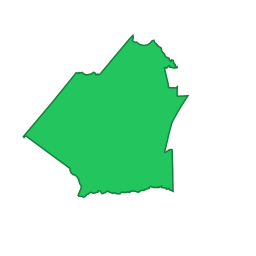 Grajaú, Maranhão, Brazil, rotated 40°
{"feature_id": "56859067B31201037702060", "entity_name": "Grajaú", "entity_type": "district", "adm_level": 2, "iso_a3": "BRA", "parent_name": "Brazil", "parent_adm1": "Maranhão", "projection": "robinson", "projection_center": [-45.931, -5.808], "detail": "fine", "context": "isolated", "style": "filled", "palette": "green", "viewbox_px": 256, "rotation_deg": 40, "n_neighbors": 0, "source": "geoboundaries", "source_scale": "gbopen_adm2", "svg_char_len": 5533}
<svg xmlns="http://www.w3.org/2000/svg" viewBox="0 0 256 256"><g transform="rotate(40 128 128)"><path d="M52.7,119.1L52.8,119.9L52.9,121.5L52.9,122.5L53.2,139.7L53.3,147.7L53.5,156.9L53.5,158.0L53.5,161.5L53.4,194.9L53.4,201.9L53.9,202.0L54.5,202.1L54.4,201.4L54.5,200.8L54.4,200.3L54.8,200.1L55.3,199.7L58.7,199.5L63.7,199.2L91.1,197.5L107.9,196.4L108.5,196.2L108.9,196.4L109.5,196.4L109.8,196.6L110.3,197.1L110.7,197.5L111.2,198.0L111.8,198.0L112.3,198.3L112.8,198.8L113.5,199.0L114.1,199.1L114.7,198.9L115.7,199.1L116.3,198.9L116.7,198.4L117.2,198.0L117.8,198.2L118.3,198.2L119.1,198.1L119.9,198.1L120.4,198.2L120.9,198.3L121.5,198.4L122.0,198.7L122.5,198.9L123.0,199.1L123.5,199.3L123.9,199.5L124.5,200.1L125.7,200.8L126.3,201.3L126.7,201.7L127.7,201.9L128.2,202.0L128.6,202.2L129.3,202.5L129.7,203.0L130.1,203.5L130.7,204.1L133.0,211.6L133.6,211.6L134.3,211.9L135.3,211.1L136.0,210.5L136.8,209.9L137.4,209.9L138.2,209.8L139.2,208.3L139.2,207.4L139.2,206.6L139.3,206.0L139.3,205.5L139.5,205.1L139.9,204.4L140.0,203.7L140.2,203.1L140.4,202.5L140.6,201.7L141.0,201.0L141.5,200.8L142.3,200.7L142.8,200.7L143.3,200.3L143.7,199.9L144.2,199.3L144.5,198.8L144.9,198.4L145.2,197.7L145.6,197.3L146.0,196.9L146.2,196.2L146.0,195.8L145.6,195.2L146.2,194.6L146.8,194.4L147.4,194.3L148.0,194.4L148.6,194.6L149.0,194.7L149.6,194.9L150.0,195.1L150.6,194.7L151.0,194.4L151.2,193.6L151.3,193.1L151.6,192.8L152.1,192.2L152.4,191.7L152.2,191.2L152.2,190.6L152.7,190.2L153.0,189.6L153.7,189.5L154.1,188.9L154.5,188.9L155.0,189.1L155.4,188.9L155.9,188.8L156.5,188.5L156.9,188.4L157.9,188.1L158.4,187.7L159.1,186.7L159.4,186.1L160.0,186.0L160.6,186.0L161.2,185.7L161.9,185.4L162.4,185.1L162.7,184.7L163.8,184.0L164.2,183.4L164.3,182.9L164.1,181.6L164.6,181.2L165.0,180.7L165.6,180.4L166.3,180.3L166.6,179.6L167.2,179.3L167.3,178.9L167.9,178.7L168.5,178.0L168.7,177.4L168.9,176.9L169.7,176.7L170.3,176.7L170.4,176.1L170.9,175.7L171.0,175.0L170.6,174.8L171.2,174.1L171.7,173.6L172.3,173.2L172.6,172.8L173.1,172.7L173.5,172.2L174.0,172.1L174.3,171.7L175.3,171.4L176.0,171.2L176.6,170.9L176.8,170.4L177.4,170.4L177.6,170.0L177.6,169.5L177.7,169.0L178.1,167.9L178.4,167.2L178.6,166.8L179.3,166.6L179.9,166.0L180.1,165.5L180.6,165.0L180.8,164.4L180.9,163.7L181.2,163.0L181.7,162.7L182.0,162.1L182.5,161.3L182.9,160.6L182.5,160.5L182.4,159.9L182.7,158.9L182.8,158.2L183.7,158.0L184.4,157.9L184.9,157.3L185.6,157.4L186.0,156.8L187.0,156.4L187.7,155.5L188.1,154.9L189.0,154.6L188.8,154.1L189.0,153.7L189.5,153.4L190.0,153.6L190.4,153.1L190.3,152.4L190.6,152.1L190.8,151.7L191.0,151.3L191.2,151.8L191.7,151.8L192.2,152.0L192.6,151.5L193.1,151.2L193.6,151.0L194.1,150.9L194.4,150.4L195.0,150.1L195.8,149.6L196.3,149.8L196.6,150.1L196.7,149.5L197.3,149.5L197.6,149.0L197.9,148.5L198.3,148.0L198.8,148.4L199.3,148.8L199.9,148.4L203.3,147.5L201.5,145.6L193.0,135.8L190.6,133.0L188.9,131.1L187.0,128.9L185.9,127.7L175.8,116.3L175.3,116.5L174.9,116.7L174.4,117.1L174.1,117.7L174.1,118.3L173.5,118.5L173.5,119.1L173.3,119.7L173.2,120.2L173.1,120.6L172.7,121.1L172.7,121.9L172.4,122.4L172.0,122.8L171.5,123.0L166.0,111.8L164.4,108.9L158.3,96.0L158.1,95.0L157.7,93.7L155.6,82.9L154.8,77.9L154.3,73.5L154.1,72.1L153.6,68.8L153.2,64.7L149.3,68.5L148.7,69.0L148.0,69.6L147.5,70.0L147.0,70.6L145.0,71.9L144.7,71.5L139.2,64.7L139.0,65.6L139.2,66.3L138.6,66.7L135.2,69.5L133.0,71.0L132.4,70.4L131.7,69.6L130.6,68.5L129.0,67.4L117.1,58.4L117.4,58.0L117.8,57.9L118.2,57.6L119.1,57.4L119.2,56.9L119.1,56.2L119.1,55.2L119.2,54.1L119.3,53.7L120.0,53.8L120.5,54.1L120.7,54.6L121.1,54.4L121.6,54.2L122.0,53.9L122.8,53.3L123.4,53.4L123.8,53.0L124.1,52.7L124.5,52.5L125.0,52.4L125.6,51.6L125.7,51.2L126.0,50.8L126.6,50.7L126.8,50.0L126.5,49.8L126.0,49.4L125.6,49.9L125.3,50.4L124.9,50.6L124.4,50.3L124.0,49.6L123.4,49.1L122.8,49.0L122.4,49.2L122.0,49.1L121.5,48.9L121.1,48.6L120.7,48.3L120.3,48.0L119.9,47.8L119.6,47.3L119.2,47.2L118.6,47.6L118.1,47.6L117.5,47.8L117.6,48.3L117.8,48.7L117.9,49.3L117.5,49.5L117.0,49.4L116.6,49.2L116.1,49.4L115.7,49.3L115.3,48.8L114.8,48.4L114.3,48.1L113.7,48.5L113.0,48.6L112.6,48.8L112.2,49.1L111.7,49.1L110.9,49.1L110.2,48.9L109.6,48.9L109.1,48.4L108.6,47.8L108.1,47.9L107.4,48.0L107.0,47.7L106.5,47.8L105.9,47.8L105.2,47.5L104.7,47.4L104.1,47.4L103.7,47.0L103.5,46.5L103.0,46.2L102.5,45.8L102.1,45.5L101.7,45.3L101.1,45.6L100.7,45.5L100.3,45.6L99.6,45.8L99.1,45.7L98.5,45.9L97.9,46.1L97.7,45.6L97.1,45.3L96.6,45.5L96.1,45.6L95.5,45.4L94.7,45.4L94.1,45.5L93.6,45.3L92.9,45.2L92.5,45.0L91.6,44.1L91.2,44.6L90.8,45.1L90.4,45.6L90.4,46.2L90.4,46.7L90.4,47.4L90.4,47.8L90.4,48.5L90.3,49.2L90.0,50.0L89.8,50.8L89.5,51.5L89.1,52.6L88.7,52.8L88.2,53.2L87.8,53.9L87.4,54.2L87.0,54.5L86.5,55.0L85.9,55.3L85.2,55.5L84.9,55.9L83.1,56.6L82.1,56.7L81.5,56.7L80.5,56.6L79.4,56.7L78.6,57.8L76.9,58.1L76.3,58.2L75.5,58.2L75.0,58.2L74.8,57.7L74.7,57.2L74.7,56.7L74.4,56.1L74.0,55.6L73.7,55.3L73.5,54.9L73.1,54.4L72.5,54.2L72.2,53.9L71.9,58.6L71.9,87.9L72.0,104.2L71.9,104.7L71.6,105.6L71.4,106.1L70.9,106.0L70.5,106.3L70.1,106.2L69.8,106.6L69.7,107.2L69.4,107.7L68.6,107.5L68.0,107.2L67.5,107.1L67.0,107.0L66.5,107.2L66.2,107.5L65.7,107.6L65.6,108.1L65.6,108.9L65.3,109.5L65.0,109.7L64.9,110.5L64.6,111.1L64.2,111.3L63.8,111.7L63.5,112.4L63.1,112.8L62.8,113.3L62.5,113.7L62.1,113.8L61.5,114.1L61.3,114.7L60.7,114.9L60.0,114.7L59.5,115.1L59.0,114.9L58.4,114.9L57.8,114.9L57.2,114.9L56.7,115.5L56.5,116.0L55.8,116.4L55.6,117.0L55.4,117.5L54.9,117.6L54.5,117.3L54.1,117.8L54.0,118.5L53.5,118.9L52.7,119.1Z" fill="#22c55e" stroke="#15803d" stroke-width="1.5"/></g></svg>